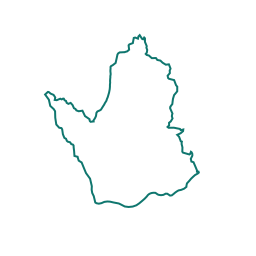 outline of Kamiji, Kasaï-Oriental, Democratic Republic of the Congo, rotated 314°
{"feature_id": "63176286B35852451405101", "entity_name": "Kamiji", "entity_type": "district", "adm_level": 2, "iso_a3": "COD", "parent_name": "Democratic Republic of the Congo", "parent_adm1": "Kasaï-Oriental", "projection": "albers", "projection_center": [23.257, -6.688], "detail": "fine", "context": "isolated", "style": "outline", "palette": "teal", "viewbox_px": 256, "rotation_deg": 314, "n_neighbors": 0, "source": "geoboundaries", "source_scale": "gbopen_adm2", "svg_char_len": 3615}
<svg xmlns="http://www.w3.org/2000/svg" viewBox="0 0 256 256"><g transform="rotate(314 128 128)"><path d="M143.7,209.8L145.1,209.9L145.6,209.0L144.5,207.9L144.9,207.5L145.4,207.1L146.7,204.1L148.9,198.9L148.2,197.5L147.9,196.9L148.6,195.9L149.4,194.6L151.9,193.8L152.8,193.5L154.1,192.2L154.7,190.7L154.6,189.8L152.5,190.7L151.7,190.6L151.1,189.6L150.0,187.5L148.5,184.7L148.7,183.5L151.8,180.7L152.6,179.5L153.7,177.7L155.1,176.5L155.6,176.2L155.1,175.2L155.2,174.9L155.3,174.8L157.2,170.8L157.3,168.3L157.3,168.2L160.8,169.5L164.0,169.8L165.3,168.8L164.3,168.2L164.2,168.1L163.1,167.4L163.4,166.0L161.1,162.4L161.0,162.2L160.0,160.7L157.6,158.3L157.4,158.1L156.4,157.1L156.2,156.0L156.2,155.8L156.2,155.7L156.6,155.7L158.4,155.8L160.3,153.9L161.8,154.1L162.4,154.2L165.8,153.4L166.9,151.4L168.0,150.6L169.3,149.9L169.8,148.6L169.9,148.4L171.4,144.7L172.3,144.0L172.3,143.9L172.6,143.7L174.5,143.4L175.9,143.3L177.4,142.2L177.5,142.1L180.2,140.1L183.7,138.3L186.7,138.1L188.6,137.9L190.9,135.7L191.1,135.5L191.9,134.8L192.2,132.7L192.4,132.3L192.5,132.1L194.5,127.9L192.1,123.7L191.9,123.4L191.8,122.2L193.1,120.2L196.5,120.0L198.1,118.3L198.4,118.0L199.4,117.7L199.5,117.6L200.2,117.4L200.3,117.3L202.2,113.2L199.8,111.2L199.3,108.9L199.0,107.5L199.0,104.5L197.3,101.8L197.7,99.8L197.7,99.5L194.8,96.6L194.7,94.6L194.7,92.8L193.5,90.6L193.6,90.2L193.6,89.3L195.2,89.2L195.8,88.8L197.5,87.6L198.2,86.2L198.5,85.5L199.3,85.0L199.9,84.6L201.7,80.4L204.2,78.0L204.3,77.8L204.3,76.8L202.3,77.2L201.9,76.2L202.5,73.6L202.9,71.9L201.1,71.9L199.2,73.1L198.0,70.3L197.2,69.8L196.8,69.6L192.4,72.5L189.1,70.9L187.9,71.0L187.6,71.4L187.4,71.6L185.1,74.4L182.6,74.2L180.3,72.9L180.2,72.9L176.6,69.5L175.8,69.3L174.8,69.1L173.5,69.4L169.8,71.7L168.8,72.3L166.2,73.9L162.7,73.4L160.6,72.8L159.8,73.0L158.5,74.3L157.7,74.9L156.6,75.9L155.5,77.2L154.8,78.0L154.2,78.5L153.1,79.2L152.2,80.1L150.8,81.2L149.3,82.5L148.3,83.6L146.4,85.1L145.4,86.1L144.2,87.1L143.2,87.9L140.3,89.8L138.0,91.0L136.1,92.0L134.0,92.8L132.7,93.5L129.4,94.2L128.4,94.6L127.2,94.8L126.7,94.9L122.4,95.8L120.8,95.4L119.5,94.8L118.5,94.5L116.9,94.8L115.7,95.7L114.6,96.5L114.0,96.8L112.3,97.4L110.8,97.7L109.2,98.0L108.8,98.7L106.5,96.8L106.5,95.7L106.7,95.3L107.6,94.2L107.2,91.7L106.7,88.8L106.9,88.3L108.8,83.2L105.8,80.9L104.8,78.6L105.2,77.0L104.7,75.4L105.3,73.9L106.0,72.2L106.2,69.3L103.9,68.3L103.8,67.5L103.5,66.4L104.4,64.6L104.2,64.1L103.9,63.1L104.3,62.0L104.5,61.5L104.1,60.9L102.5,60.4L102.3,59.9L102.0,58.9L98.5,57.4L97.3,55.8L99.4,54.5L99.9,52.5L100.1,51.4L99.0,48.5L98.8,45.9L98.3,45.3L94.5,45.1L93.4,51.4L89.9,56.7L90.0,61.5L89.4,63.9L84.9,68.5L83.2,70.7L80.7,74.0L80.4,78.3L81.7,80.2L81.3,81.6L78.3,85.5L77.3,87.7L76.7,89.2L77.2,90.9L76.9,91.6L76.3,92.8L76.3,94.1L77.5,96.3L77.0,98.4L77.5,99.3L77.8,100.0L77.6,101.0L76.2,102.5L74.1,105.1L70.7,108.9L71.9,111.1L72.3,111.7L71.6,112.8L70.3,115.2L70.4,115.8L71.0,118.6L68.7,123.8L66.4,129.1L65.2,135.9L61.0,142.4L59.4,143.8L58.3,144.8L56.7,147.0L56.4,147.4L55.2,150.7L51.7,156.2L52.0,157.6L53.3,159.6L55.5,161.1L58.4,162.3L60.8,164.2L62.5,166.2L64.3,169.2L67.3,173.8L68.0,175.9L69.3,180.2L71.6,183.3L74.8,186.0L78.2,187.7L81.5,188.4L85.2,188.8L88.7,189.1L90.5,189.1L91.7,189.1L93.4,188.9L94.8,189.0L96.4,189.5L97.7,190.2L99.0,191.2L100.3,192.6L100.6,193.8L100.8,195.4L101.3,196.6L102.6,198.4L104.5,199.9L106.9,200.7L108.0,201.9L108.3,203.4L108.6,205.2L110.0,206.3L112.2,206.6L114.4,206.8L116.4,207.2L118.2,207.7L120.4,209.2L123.3,210.5L126.2,210.9L127.3,210.0L129.1,208.9L132.7,208.8L135.3,208.6L138.0,208.7L140.7,208.9L143.7,209.8Z" fill="none" stroke="#0f766e" stroke-width="2"/></g></svg>